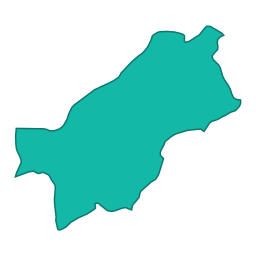 the border of Paktya
{"feature_id": "AFG-3413", "entity_name": "Paktya", "entity_type": "Province", "adm_level": 1, "iso_a3": "AFG", "parent_name": "Afghanistan", "parent_adm1": "", "projection": "orthographic", "projection_center": [69.398, 33.616], "detail": "fine", "context": "isolated", "style": "filled", "palette": "teal", "viewbox_px": 256, "rotation_deg": 0, "n_neighbors": 0, "source": "natural_earth", "source_scale": "10m", "svg_char_len": 2161}
<svg xmlns="http://www.w3.org/2000/svg" viewBox="0 0 256 256"><path d="M223.7,35.4L220.7,36.5L217.7,39.5L217.3,43.0L217.9,46.4L217.6,49.6L214.4,53.0L212.0,56.2L213.1,59.5L218.5,64.8L220.2,67.7L222.6,76.0L224.3,79.5L228.6,85.9L230.3,89.2L231.6,93.5L233.5,97.7L236.3,99.4L240.6,100.0L240.6,103.2L240.1,104.8L239.3,106.5L236.2,109.9L235.0,110.8L230.5,112.3L225.2,115.5L221.0,117.4L218.0,119.3L213.6,120.9L212.2,121.1L210.5,122.2L209.5,123.1L204.0,131.5L201.0,129.2L200.7,129.0L200.2,129.0L187.6,130.3L176.3,133.7L173.6,135.1L170.8,136.9L165.1,141.6L164.2,144.3L161.2,150.0L160.2,152.6L160.4,155.3L163.5,158.6L159.2,172.7L158.2,175.3L156.4,178.1L155.3,179.5L151.0,182.1L141.1,191.0L140.1,192.5L139.6,194.9L138.9,197.6L135.7,201.5L133.2,204.3L132.5,205.4L131.6,209.9L128.0,208.7L127.3,208.2L126.0,207.6L123.0,207.9L114.6,210.9L111.2,211.4L107.4,210.6L101.8,206.2L100.3,205.0L99.8,204.4L99.1,203.8L98.3,203.5L97.1,203.2L96.0,203.1L95.5,203.4L95.1,204.0L95.1,205.3L95.2,206.2L95.4,206.9L95.5,207.5L95.4,208.2L93.8,209.7L87.5,213.7L78.4,217.8L71.0,222.2L66.0,226.9L63.4,228.5L60.6,229.7L59.4,229.9L58.8,229.9L58.3,229.8L57.5,228.3L56.5,223.3L55.8,220.9L55.9,219.0L56.0,217.9L56.1,216.8L54.6,203.8L54.4,199.3L55.3,188.9L55.2,186.7L55.0,185.2L54.4,184.0L51.4,179.9L49.5,176.1L48.8,175.3L47.8,174.5L43.7,172.6L42.7,172.4L41.7,172.5L40.3,173.2L38.9,173.5L37.0,173.1L33.6,171.1L28.8,171.9L15.4,176.8L16.5,173.0L21.0,163.1L21.2,161.3L20.8,159.1L19.2,155.1L17.1,150.9L16.4,148.3L15.9,144.2L15.6,136.4L16.3,128.4L43.5,128.8L46.4,129.3L50.1,130.9L52.3,130.9L55.2,130.5L57.7,129.7L59.8,128.6L61.0,127.8L63.4,125.7L67.0,119.3L69.0,113.3L71.9,107.4L74.2,105.0L76.7,103.1L94.5,89.8L112.8,81.2L118.6,77.3L119.6,75.9L121.0,73.2L130.7,62.8L131.7,61.8L138.9,55.6L141.1,54.3L143.1,52.5L146.2,48.9L148.1,46.3L150.8,40.6L152.3,36.2L153.4,35.0L157.4,32.5L159.2,31.9L160.9,31.6L164.0,31.6L166.3,31.4L174.4,32.0L180.6,33.5L182.3,34.1L183.7,34.9L184.4,35.7L184.6,36.8L184.5,38.2L184.3,39.8L184.3,41.2L185.0,42.0L187.2,42.1L189.2,41.3L199.3,34.9L205.6,27.1L206.7,26.4L207.7,26.1L208.7,26.2L209.9,26.4L211.2,26.9L222.2,33.4L223.7,35.4Z" fill="#14b8a6" stroke="#0f766e" stroke-width="1.5"/></svg>